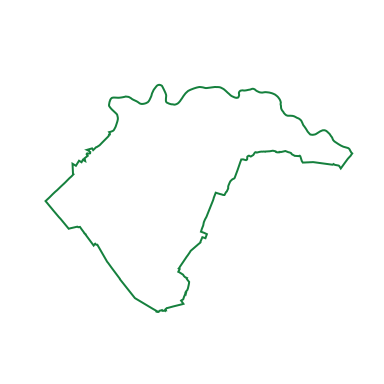 the district of Vista Hermosa, Michoacán, Mexico, rotated 25°
{"feature_id": "50627088B54691877593336", "entity_name": "Vista Hermosa", "entity_type": "district", "adm_level": 2, "iso_a3": "MEX", "parent_name": "Mexico", "parent_adm1": "Michoacán", "projection": "mercator", "projection_center": [-102.458, 20.263], "detail": "fine", "context": "isolated", "style": "outline", "palette": "green", "viewbox_px": 384, "rotation_deg": 25, "n_neighbors": 0, "source": "geoboundaries", "source_scale": "gbopen_adm2", "svg_char_len": 5844}
<svg xmlns="http://www.w3.org/2000/svg" viewBox="0 0 384 384"><g transform="rotate(25 192 192)"><path d="M91.7,172.7L92.1,172.9L93.2,174.3L93.2,174.8L92.5,175.2L92.7,176.1L92.8,176.6L90.6,182.7L89.7,185.2L88.5,188.7L86.8,191.4L86.2,191.9L84.7,195.8L83.0,194.7L79.0,198.2L81.3,198.2L81.4,198.3L81.6,198.5L82.9,198.8L83.3,200.0L83.1,200.2L81.2,201.4L80.7,201.3L80.5,202.0L80.7,202.5L82.2,203.3L80.3,207.0L80.6,207.1L82.1,209.1L79.5,208.9L79.3,211.7L76.4,211.4L75.7,217.3L71.8,216.9L76.4,225.7L77.1,226.0L76.2,228.7L75.1,231.2L73.0,237.1L70.9,242.3L69.0,247.3L67.9,249.7L66.6,253.0L66.5,253.3L65.1,257.2L63.1,262.1L74.4,267.5L82.2,271.1L84.0,271.8L95.8,277.4L96.0,277.2L96.7,276.6L102.7,271.9L103.8,272.0L105.2,271.0L107.8,272.5L112.4,275.0L112.8,275.1L112.7,275.2L113.0,275.3L125.5,282.1L125.9,280.2L126.1,279.8L127.1,280.2L127.6,280.2L128.5,279.8L144.6,291.1L145.9,291.7L151.1,294.6L163.4,301.2L163.5,301.5L185.1,312.3L205.5,314.4L210.3,314.8L210.3,315.4L211.1,315.4L211.3,315.1L211.7,315.1L212.4,314.8L212.5,314.6L212.7,313.4L213.6,312.7L214.0,312.4L214.7,311.7L215.4,312.2L216.8,311.5L216.8,311.3L217.3,310.5L217.9,310.8L217.9,310.6L218.5,310.3L217.6,309.3L218.2,307.9L218.9,307.4L220.7,305.9L223.3,303.7L230.5,297.9L231.5,297.0L228.0,295.0L228.6,294.1L229.4,293.0L229.0,289.8L229.1,289.6L228.9,287.2L229.5,287.4L229.1,285.3L228.6,285.3L228.8,283.9L229.2,282.8L229.0,280.9L228.4,278.1L228.0,276.4L227.4,274.7L225.5,273.8L224.2,273.1L223.7,272.7L223.8,272.1L221.7,272.1L220.5,271.7L219.9,271.4L218.9,270.7L214.3,270.1L213.3,270.1L213.3,269.3L213.4,268.1L213.4,267.1L212.3,267.0L212.6,265.7L212.7,264.4L213.5,259.5L214.5,253.1L214.9,251.2L215.4,248.2L215.7,245.8L219.4,237.6L219.6,237.1L220.8,234.6L221.0,234.1L220.7,233.7L220.5,228.6L223.7,228.2L223.3,223.9L220.1,223.9L216.9,224.2L216.5,221.1L216.3,217.6L215.5,214.4L215.4,211.3L215.6,208.4L215.4,205.1L214.6,190.8L214.4,189.0L214.2,188.3L213.8,182.6L218.3,182.0L219.7,181.7L221.5,181.5L222.7,181.0L222.9,177.7L223.3,176.9L223.3,174.8L223.3,173.5L222.5,171.8L222.3,170.6L222.2,167.8L222.2,166.2L222.6,165.0L223.2,163.5L224.5,161.9L224.7,161.2L224.0,152.6L223.1,144.1L223.0,142.5L222.9,141.7L224.6,140.8L226.0,140.6L227.5,140.3L228.2,139.2L227.2,136.6L227.8,135.4L228.3,135.0L230.3,135.0L231.9,132.6L232.3,129.7L232.7,129.1L233.2,128.9L234.1,128.9L234.3,128.7L236.5,126.9L237.8,126.1L239.1,125.5L239.7,125.1L241.4,124.5L241.4,124.3L245.3,122.2L247.4,120.7L247.9,120.4L250.1,119.9L251.1,119.9L251.2,120.2L252.3,120.1L254.4,119.1L254.3,118.7L256.3,117.8L256.5,117.6L259.3,115.4L262.5,115.2L263.9,114.9L265.4,114.9L266.5,115.6L270.0,115.8L270.1,115.7L273.5,114.4L274.0,113.9L274.3,113.6L275.1,113.9L278.4,117.5L280.0,118.5L289.2,113.7L307.8,107.9L308.2,107.6L308.3,107.5L308.4,106.9L310.1,107.0L313.6,106.1L314.0,106.1L314.3,106.2L314.9,106.5L316.9,107.8L318.1,101.5L319.2,96.0L319.8,94.1L320.3,92.6L320.5,92.0L320.5,91.6L320.9,89.3L320.1,89.1L319.6,88.8L318.8,88.3L318.0,87.7L316.7,86.7L316.3,86.5L315.6,86.3L314.9,86.2L314.2,86.3L311.2,86.8L310.0,87.0L307.4,87.0L304.4,86.7L300.4,86.1L299.5,85.9L298.5,85.5L298.0,85.3L297.7,85.0L296.7,84.2L296.3,83.7L295.6,83.2L294.2,82.5L292.3,81.3L289.7,80.4L288.7,80.1L287.9,79.9L287.0,79.9L286.1,80.0L285.4,80.3L284.3,80.9L282.6,82.8L281.3,84.8L279.9,87.0L279.2,87.8L278.5,88.3L277.5,89.0L276.6,89.4L275.7,89.7L275.2,89.8L274.9,89.9L274.6,89.8L273.8,89.5L271.3,88.4L269.4,87.1L268.3,86.4L265.9,85.0L265.0,84.6L264.4,84.2L262.4,82.4L261.5,81.7L260.9,81.2L260.2,80.9L259.5,80.7L258.5,80.4L257.3,80.3L255.7,80.4L254.4,80.3L252.8,80.2L251.0,80.5L248.9,81.3L246.6,82.4L245.0,82.6L244.2,82.4L243.4,82.2L242.7,81.9L241.8,81.5L241.2,81.0L238.9,79.8L238.1,79.1L237.6,78.7L236.7,77.3L236.4,76.6L235.9,75.9L235.3,75.2L234.9,74.2L234.8,73.6L234.3,72.9L233.5,72.0L232.7,71.3L231.7,70.6L229.6,69.5L227.9,69.0L226.0,68.6L224.3,68.6L222.7,68.7L220.0,69.2L217.6,70.0L216.5,70.4L215.6,70.9L213.7,72.2L212.5,72.7L211.0,73.1L208.2,73.1L206.9,72.9L206.2,72.7L205.7,72.5L205.0,72.5L204.3,72.5L203.6,72.7L203.0,73.0L201.4,74.6L200.8,75.0L200.2,75.4L198.1,77.0L196.8,77.8L195.9,78.2L195.0,78.4L193.6,79.3L193.1,79.7L192.7,80.5L192.5,81.5L192.6,82.3L193.0,83.1L193.6,83.9L193.9,84.7L194.0,86.0L193.9,86.8L193.5,87.3L192.9,87.5L192.5,87.9L191.3,88.2L190.0,88.3L187.3,88.3L186.3,88.1L185.2,87.8L183.8,87.3L182.6,87.0L179.9,86.1L177.4,85.4L176.4,85.3L174.1,85.2L173.1,85.3L172.0,85.6L168.3,87.2L161.5,91.5L160.7,91.9L160.2,92.1L157.6,92.6L155.3,93.3L154.2,93.8L153.5,94.3L152.2,95.3L151.2,96.2L149.7,97.6L147.4,100.0L145.8,102.0L145.4,102.9L144.9,104.1L144.4,105.4L143.7,108.6L143.3,111.6L143.0,113.0L142.8,114.5L142.2,116.6L141.7,117.7L140.9,118.8L140.0,119.7L139.1,120.3L137.5,120.7L136.6,121.1L135.4,121.4L133.8,121.6L132.4,121.6L131.4,121.6L130.8,121.4L130.1,120.8L129.7,120.2L129.4,119.5L128.8,118.1L128.5,117.2L128.1,116.1L127.8,115.4L127.3,114.7L126.6,114.0L125.8,113.2L124.0,111.7L122.8,110.7L120.5,108.9L119.9,108.5L119.5,108.4L118.4,108.4L117.8,108.5L117.0,108.7L116.4,109.1L115.8,109.7L115.3,110.5L115.0,111.5L114.1,115.5L114.1,116.5L114.1,118.3L114.1,119.6L114.3,120.7L114.5,121.7L114.6,122.7L114.6,126.2L114.5,127.4L114.3,128.4L114.0,129.3L113.4,130.1L112.7,131.0L111.8,131.8L110.9,132.5L109.9,133.1L109.1,133.5L108.2,133.7L107.4,133.8L106.7,133.7L105.2,133.4L103.5,133.2L102.7,133.2L100.7,133.2L99.7,133.2L98.6,133.1L97.8,133.0L97.2,132.8L96.4,132.7L94.7,132.6L94.0,132.7L93.1,133.0L92.1,133.3L91.4,133.6L90.9,134.1L89.3,135.3L88.0,136.2L86.7,137.0L85.7,137.6L81.3,139.4L80.3,140.0L79.6,140.6L79.1,141.8L79.0,142.8L79.0,143.3L79.2,143.9L79.1,144.5L79.3,145.6L79.9,147.9L80.2,148.6L80.7,149.2L82.5,150.2L83.6,150.7L84.6,151.1L89.8,152.8L90.8,153.2L91.4,153.5L91.9,154.1L93.1,155.6L93.7,156.6L94.1,157.6L94.5,159.4L94.8,161.7L95.2,165.1L95.1,167.2L95.0,168.8L94.8,169.4L94.5,170.0L93.8,170.8L92.7,171.9L91.7,172.7Z" fill="none" stroke="#15803d" stroke-width="2"/></g></svg>